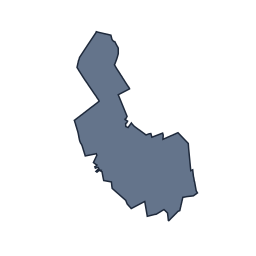 the district of Oquitoa, Sonora, Mexico, rotated 338°
{"feature_id": "50627088B42568176032949", "entity_name": "Oquitoa", "entity_type": "district", "adm_level": 2, "iso_a3": "MEX", "parent_name": "Mexico", "parent_adm1": "Sonora", "projection": "albers", "projection_center": [-111.661, 30.793], "detail": "fine", "context": "isolated", "style": "filled", "palette": "slate", "viewbox_px": 256, "rotation_deg": 338, "n_neighbors": 0, "source": "geoboundaries", "source_scale": "gbopen_adm2", "svg_char_len": 5411}
<svg xmlns="http://www.w3.org/2000/svg" viewBox="0 0 256 256"><g transform="rotate(338 128 128)"><path d="M178.1,164.9L172.9,151.9L172.6,151.1L171.5,151.1L170.5,151.1L169.8,151.2L169.1,151.2L168.7,151.2L168.2,151.2L167.8,151.2L167.2,151.3L166.8,151.3L165.9,151.3L165.2,151.3L164.7,151.3L164.2,151.3L163.5,151.4L163.0,151.4L162.2,151.4L161.2,151.4L160.1,151.5L158.5,151.5L156.2,151.6L157.1,149.6L157.4,149.1L158.0,147.7L158.2,145.7L146.7,145.5L146.9,143.5L147.0,143.0L147.0,142.3L147.1,142.0L147.1,141.7L145.4,141.3L142.1,141.2L141.8,140.7L141.3,139.9L141.1,139.5L140.4,138.4L140.0,137.8L139.2,136.4L138.5,135.4L138.1,134.6L137.4,133.6L136.8,132.7L135.9,131.2L135.1,129.9L134.2,128.3L133.1,125.2L133.0,124.6L128.2,127.6L127.7,127.1L127.4,126.7L126.9,126.2L126.5,125.8L127.5,122.9L128.6,122.8L130.2,121.5L128.5,119.2L128.7,118.9L128.6,118.7L129.3,118.6L129.9,118.2L130.3,117.9L131.0,117.3L131.5,116.9L131.4,93.5L144.1,92.3L144.2,91.9L144.1,91.7L144.1,91.3L144.0,90.8L144.0,90.4L143.9,90.3L143.8,90.2L143.7,89.5L143.6,89.0L143.5,88.6L143.4,88.2L143.3,87.7L143.2,87.3L143.1,86.7L143.1,86.4L142.8,85.2L142.7,84.6L142.6,84.0L142.5,83.5L142.4,83.0L142.3,82.3L142.2,81.8L142.1,81.2L142.0,80.8L141.9,80.3L141.8,79.8L141.7,79.6L141.7,79.3L141.7,79.1L141.6,78.3L141.4,77.4L141.3,76.9L141.2,76.6L141.1,76.0L141.0,75.7L141.0,75.4L141.0,75.1L140.9,75.0L140.9,74.8L140.9,74.7L140.8,74.4L140.7,73.9L140.7,73.6L140.6,73.3L140.5,72.9L140.5,72.5L140.4,72.2L140.4,71.9L140.3,71.6L140.2,71.4L140.2,71.2L140.1,70.9L140.1,70.5L140.0,70.2L139.9,69.8L139.8,69.3L139.8,68.9L139.7,68.7L139.7,68.4L139.6,68.1L139.6,67.9L139.6,67.7L139.5,67.4L139.5,67.1L139.4,66.8L139.4,66.3L139.1,64.3L139.2,64.2L139.4,64.0L139.6,63.9L139.8,63.7L140.1,63.4L140.3,63.2L140.7,62.7L141.0,62.4L141.2,62.2L141.6,61.8L141.9,61.4L142.3,61.0L142.6,60.7L142.9,60.4L143.0,60.2L143.4,59.8L143.6,59.6L143.7,59.4L143.9,59.2L144.0,59.1L144.2,58.8L144.3,58.7L144.8,58.1L146.8,55.5L148.7,50.8L148.9,49.8L148.5,47.1L148.1,42.9L147.1,42.4L146.3,40.0L146.9,35.5L136.3,28.1L134.7,26.8L134.0,27.6L121.5,36.1L109.5,44.4L108.2,46.2L107.4,46.9L106.8,47.8L106.1,48.9L105.5,49.6L105.2,50.2L104.9,50.5L104.7,50.9L104.5,51.1L104.3,51.4L104.1,51.8L103.8,52.1L103.4,52.8L103.6,53.9L103.8,54.9L104.0,56.5L104.3,57.8L104.5,58.9L104.5,59.0L104.6,59.7L104.8,60.5L105.0,61.6L105.1,62.3L105.3,63.3L105.4,64.0L105.6,64.8L105.8,66.0L106.2,68.0L106.5,69.0L106.6,69.7L106.7,70.3L106.9,70.8L107.1,71.7L107.3,72.9L107.4,73.5L107.8,75.2L107.9,75.8L108.1,76.3L108.2,77.1L108.4,78.0L108.5,78.5L108.7,79.2L108.9,80.3L109.1,81.2L109.2,81.6L109.3,82.2L109.5,83.1L109.6,83.5L109.9,84.8L110.4,86.8L110.5,87.4L110.5,87.8L110.6,88.3L110.7,88.6L110.8,89.1L111.0,90.0L111.1,90.3L111.2,91.0L111.3,91.4L111.2,92.4L110.5,92.6L109.9,92.8L109.4,92.9L109.3,93.0L109.2,93.0L108.6,93.2L107.9,93.4L107.1,93.6L106.4,93.8L105.7,94.0L104.7,94.3L103.9,94.5L103.6,94.6L103.1,94.7L102.9,94.8L102.6,94.8L102.3,94.9L102.0,95.0L101.7,95.1L101.2,95.2L100.8,95.3L100.1,95.5L99.5,95.7L98.5,96.0L97.8,96.2L96.9,96.4L96.3,96.6L95.7,96.8L95.1,96.9L94.7,97.1L94.2,97.2L93.6,97.4L93.4,97.4L93.1,97.5L92.6,97.6L91.8,97.9L90.7,98.2L90.6,98.3L90.4,98.3L89.4,98.5L88.7,98.7L88.3,98.8L88.1,98.9L87.8,99.0L87.2,99.2L86.3,99.4L85.8,99.5L85.6,99.6L85.2,99.7L85.0,99.8L84.7,99.8L83.9,100.1L83.4,100.2L83.2,100.3L82.9,100.3L82.6,100.4L82.2,100.5L81.8,100.7L81.1,100.8L81.1,101.4L80.9,103.1L80.9,103.9L80.8,104.7L80.7,105.5L80.6,106.2L80.6,106.8L80.5,107.4L80.5,107.9L80.4,109.0L80.3,109.8L80.1,112.3L80.0,113.0L79.9,113.7L79.8,114.4L79.3,116.9L79.0,118.4L78.9,118.6L78.9,119.0L78.7,119.9L78.6,120.5L78.5,121.1L78.4,122.0L78.4,122.9L78.4,124.1L78.5,124.6L78.7,125.2L78.7,125.9L78.8,126.4L78.8,127.1L78.8,127.7L78.6,129.4L78.6,130.0L78.4,131.7L78.3,133.5L78.2,134.4L78.1,135.5L78.1,136.1L77.9,137.6L77.9,137.9L87.5,139.7L89.0,139.9L88.9,141.6L83.0,147.1L84.4,149.4L85.3,150.7L84.6,151.1L84.1,151.3L83.5,151.5L82.7,151.5L82.7,153.0L85.1,153.1L85.4,153.2L85.6,153.5L85.7,155.0L84.4,155.2L82.0,156.2L82.7,157.3L85.8,156.3L87.1,157.1L86.4,157.5L87.5,158.7L87.4,159.2L87.3,160.0L87.1,160.8L86.7,162.8L86.4,164.3L85.9,167.0L85.8,167.6L92.4,171.8L91.2,176.0L90.7,178.1L98.8,194.2L98.8,198.2L99.6,200.5L100.5,202.8L100.8,203.9L112.7,202.7L115.5,202.4L116.0,202.4L112.8,217.1L120.1,218.1L120.4,218.1L121.3,218.4L121.8,218.5L122.7,218.4L123.1,218.3L123.5,218.3L124.4,218.1L125.3,218.0L127.0,217.7L127.5,217.6L128.6,217.4L129.7,217.3L130.8,217.1L131.0,217.5L131.3,218.2L131.6,218.8L131.8,219.4L132.0,219.7L132.2,220.2L132.5,220.9L132.6,221.3L132.8,221.6L132.6,222.4L132.3,223.4L132.1,224.2L130.8,228.8L131.1,229.2L131.4,229.1L131.9,228.9L132.8,228.5L133.8,228.0L137.4,226.5L139.0,225.8L139.4,225.6L140.5,225.2L141.3,224.8L142.2,224.4L143.1,224.0L144.2,224.0L145.1,224.0L145.3,223.7L146.1,222.5L146.5,222.0L146.9,221.3L147.1,221.1L147.4,220.7L147.6,220.4L147.8,220.1L148.1,219.6L148.3,219.3L148.7,218.8L149.1,218.3L149.5,217.6L149.8,217.2L150.2,216.7L150.4,216.3L150.7,215.9L150.9,215.6L151.1,215.4L151.2,215.2L151.3,215.0L151.4,214.9L151.7,214.5L151.9,214.2L152.1,213.9L152.4,213.5L152.7,213.0L152.9,212.8L153.3,212.9L153.6,213.0L154.0,213.1L154.3,213.2L154.8,213.2L155.4,213.4L156.1,213.5L156.7,213.6L156.8,213.6L157.0,213.7L157.4,213.8L163.2,215.4L168.1,214.2L167.7,211.8L169.6,202.7L169.5,202.3L170.1,199.8L170.3,198.9L170.5,197.5L172.3,191.0L170.2,191.1L172.3,184.0L176.4,170.2L178.1,164.9Z" fill="#64748b" stroke="#1e293b" stroke-width="1.5"/></g></svg>